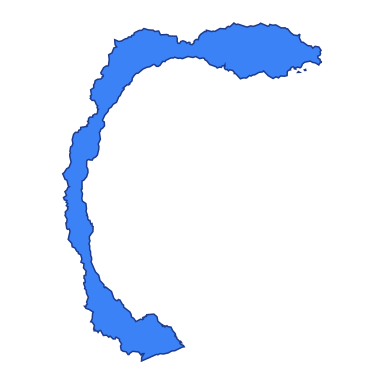 the district of Parigi Moutong, Sulawesi Tengah, Indonesia
{"feature_id": "22746128B5854376167403", "entity_name": "Parigi Moutong", "entity_type": "district", "adm_level": 2, "iso_a3": "IDN", "parent_name": "Indonesia", "parent_adm1": "Sulawesi Tengah", "projection": "mercator", "projection_center": [120.393, -0.239], "detail": "fine", "context": "isolated", "style": "filled", "palette": "blue", "viewbox_px": 384, "rotation_deg": 0, "n_neighbors": 0, "source": "geoboundaries", "source_scale": "gbopen_adm2", "svg_char_len": 5735}
<svg xmlns="http://www.w3.org/2000/svg" viewBox="0 0 384 384"><path d="M233.9,23.0L229.9,26.8L228.5,26.3L226.5,27.4L225.6,28.9L220.0,28.5L214.9,31.4L213.1,31.1L211.7,31.6L206.4,30.2L206.2,31.5L204.7,31.5L200.6,34.4L199.1,36.4L198.2,39.7L196.3,39.4L194.9,40.3L194.0,41.4L194.1,42.8L192.1,44.7L190.1,44.3L189.9,42.5L188.7,42.3L186.8,43.2L185.6,41.7L182.9,40.8L180.8,41.5L179.7,43.4L178.0,43.3L177.1,41.3L177.3,38.8L176.4,36.2L168.9,36.0L168.3,35.0L166.8,34.5L160.5,34.8L158.7,31.0L154.7,31.5L153.2,30.2L148.5,29.9L143.9,28.5L141.8,30.3L139.2,30.4L135.3,32.3L134.1,33.2L133.9,34.9L131.6,35.5L131.3,36.9L128.4,37.0L127.6,38.4L125.3,38.8L121.4,41.0L118.8,41.5L114.7,39.7L115.1,44.7L116.7,46.9L113.9,47.9L111.9,53.0L108.7,54.7L109.2,59.7L108.4,65.9L106.1,66.0L103.6,67.7L100.8,72.8L101.4,74.2L103.4,75.3L103.1,76.6L102.2,76.7L101.9,78.1L100.8,79.0L97.5,79.3L95.2,80.6L94.5,83.7L93.6,84.9L93.8,87.7L90.6,89.8L91.5,94.9L90.3,96.0L91.0,97.1L90.2,98.4L92.1,100.4L94.6,100.5L96.5,104.8L97.7,105.8L97.0,107.3L97.6,108.8L98.4,109.2L97.7,110.0L97.5,112.5L96.7,114.1L94.8,114.1L92.8,115.4L92.7,117.1L89.8,117.1L88.5,118.6L88.5,121.0L87.6,121.3L88.7,123.2L86.6,125.4L87.2,126.4L80.7,127.4L80.6,129.6L78.8,130.2L78.0,132.4L75.4,132.3L73.6,134.3L72.2,139.7L72.9,143.7L71.8,146.2L70.6,146.9L69.9,151.4L70.5,152.9L69.8,153.9L69.8,156.2L71.1,162.1L69.0,167.4L66.6,168.8L64.2,172.6L62.7,173.7L65.1,179.4L66.9,180.1L68.4,186.2L69.4,186.7L67.8,187.7L66.7,190.1L64.9,191.6L66.6,195.5L63.5,197.5L64.4,199.9L67.0,200.5L66.1,202.3L67.8,203.5L66.3,205.7L68.1,206.9L67.5,208.0L68.0,209.0L65.2,212.1L65.6,214.1L65.0,215.3L67.2,219.4L66.5,222.9L65.9,223.0L66.7,228.4L67.5,229.3L69.3,229.1L70.0,231.4L68.2,239.4L71.7,243.3L72.2,246.8L74.9,247.9L76.7,251.1L78.3,252.2L78.4,253.6L80.7,254.7L81.9,259.0L80.9,262.2L84.0,263.7L83.5,267.9L86.3,271.3L85.8,272.3L85.9,275.0L84.1,275.6L84.0,278.3L84.8,279.2L85.3,282.0L85.1,282.6L83.9,282.5L83.7,283.6L85.1,287.4L84.6,288.5L86.2,290.2L86.5,293.3L88.4,297.2L86.6,302.1L87.4,304.1L86.2,305.1L86.1,306.3L84.5,306.3L86.1,308.5L88.8,309.3L93.3,312.1L92.6,313.3L92.2,319.0L90.7,321.8L92.3,322.2L94.4,325.4L93.6,329.1L94.8,329.5L94.1,330.7L97.2,331.1L98.1,332.4L99.3,330.7L100.6,330.4L103.4,335.5L106.7,335.2L108.8,337.2L110.1,336.1L113.2,339.0L115.3,338.9L115.8,337.3L116.6,337.3L119.5,339.2L119.4,340.6L121.6,344.0L120.5,346.2L121.2,350.0L123.1,351.3L126.1,351.7L128.1,354.6L128.9,354.6L130.0,353.1L132.7,351.3L138.7,352.0L141.1,355.2L142.2,353.6L144.0,353.6L141.7,357.5L141.5,361.0L156.7,354.3L157.8,354.8L160.0,353.6L163.4,354.0L168.3,352.9L171.7,351.0L174.9,350.7L182.2,347.1L184.2,346.8L183.4,345.5L180.3,344.0L179.5,341.3L176.7,338.5L176.7,337.3L174.8,336.0L175.1,334.9L175.6,335.3L175.2,333.6L172.5,330.4L171.0,327.1L168.1,326.7L166.9,325.7L166.2,326.2L164.6,325.9L164.7,326.8L163.7,326.0L162.6,326.4L161.4,324.3L157.9,321.3L157.0,316.8L153.9,314.1L146.7,314.7L146.4,316.3L145.4,316.1L144.3,317.5L143.4,317.2L142.7,317.8L143.2,319.2L142.5,319.6L140.5,319.2L135.9,321.6L133.8,318.4L131.6,317.1L131.0,314.2L129.8,311.9L123.7,307.2L123.5,305.1L122.3,304.2L120.0,300.1L118.4,299.5L117.2,300.8L115.6,300.2L113.8,298.3L111.5,291.5L105.7,287.0L105.0,287.7L104.2,287.4L103.8,284.6L100.0,280.6L98.7,275.2L95.5,272.0L91.0,261.7L91.7,259.7L91.5,257.3L90.7,255.6L90.5,251.3L89.7,249.7L89.7,245.5L88.9,244.1L90.0,240.7L89.4,239.2L89.4,236.3L92.9,231.6L93.1,226.5L92.2,226.1L92.0,223.5L90.7,223.8L89.9,220.4L88.7,220.3L87.8,219.0L87.7,216.4L86.7,215.5L87.3,214.9L86.0,211.3L86.5,208.7L85.9,203.6L82.5,201.2L81.8,198.7L82.5,193.7L81.3,190.5L81.4,189.1L82.1,189.0L82.0,181.0L83.9,180.1L86.6,176.8L88.0,172.4L87.8,169.1L86.6,166.9L86.7,161.0L87.4,160.0L89.0,159.4L89.6,159.9L92.3,160.1L93.2,158.3L95.9,156.8L97.4,155.0L98.8,149.2L98.9,146.2L98.2,144.0L100.4,139.3L99.4,132.4L100.3,131.3L100.7,129.3L102.5,128.3L104.5,125.9L104.3,122.0L102.8,121.0L102.6,120.0L104.8,115.2L108.0,111.5L108.7,108.8L111.4,107.0L113.1,104.3L116.5,102.3L118.8,96.7L120.1,95.7L122.0,91.6L124.1,89.2L124.0,88.3L123.2,88.0L127.0,84.8L128.7,84.9L129.8,83.9L129.3,83.5L132.0,80.9L132.4,78.0L134.5,75.0L136.3,73.4L138.2,73.1L143.2,68.9L147.1,67.2L149.7,66.8L153.6,64.4L154.8,64.7L156.4,66.3L158.1,66.4L159.9,65.4L162.7,61.4L165.0,61.6L165.8,60.4L170.9,57.9L173.3,58.0L174.7,57.2L178.2,58.4L180.0,58.0L182.3,58.7L187.9,56.5L193.0,57.5L195.7,56.5L199.7,58.6L203.0,57.9L204.4,58.5L204.9,59.8L206.8,60.9L209.7,64.5L215.9,66.7L217.2,68.0L219.6,67.1L221.3,67.4L222.4,65.7L224.4,65.7L224.9,64.7L225.0,66.3L224.3,66.9L224.6,68.6L226.0,69.7L227.3,69.4L228.4,70.9L229.8,69.8L232.7,70.5L234.4,72.5L234.3,73.5L235.1,73.3L236.4,74.4L240.4,78.8L243.1,77.9L246.6,78.0L249.5,75.5L251.0,76.1L252.9,74.9L254.6,74.9L258.9,72.4L262.6,71.9L263.6,70.9L268.2,75.7L273.1,78.5L276.0,76.8L278.5,77.9L280.5,76.0L284.7,76.2L287.1,75.6L287.3,71.6L288.5,70.3L290.6,69.8L290.3,68.9L291.7,67.1L293.4,66.8L294.5,67.8L296.3,67.9L297.6,67.0L300.0,67.8L301.2,67.0L302.6,63.8L304.7,62.2L310.4,61.1L312.5,62.4L315.4,62.9L318.8,65.0L319.7,63.2L321.2,62.4L321.3,61.6L320.1,60.8L320.1,59.3L318.1,58.2L317.7,56.2L319.9,55.3L320.6,53.6L320.0,51.8L321.1,50.4L318.8,47.0L315.1,46.3L312.8,48.2L311.2,46.0L307.7,45.6L303.2,42.3L301.3,42.1L299.3,37.8L299.8,34.7L299.3,34.4L297.7,35.6L293.7,35.0L290.6,32.6L287.6,28.8L286.6,28.9L285.4,27.9L281.1,27.9L275.8,24.9L272.5,25.2L269.8,24.4L269.0,25.9L267.9,26.3L260.6,23.2L259.1,24.4L253.4,26.4L250.6,25.9L247.0,27.1L237.9,24.1L236.2,24.6L233.9,23.0ZM297.7,72.4L299.7,72.3L298.4,71.5L297.7,72.4ZM305.8,70.4L305.6,69.4L304.3,69.9L304.8,70.5L305.8,70.4ZM181.5,342.6L180.8,341.5L180.4,342.4L181.5,342.6ZM162.9,325.9L162.7,324.8L162.2,324.6L162.1,324.9L162.9,325.9ZM295.2,69.0L294.6,68.3L294.2,68.6L294.3,68.8L295.2,69.0Z" fill="#3b82f6" stroke="#1e3a8a" stroke-width="1.5"/></svg>